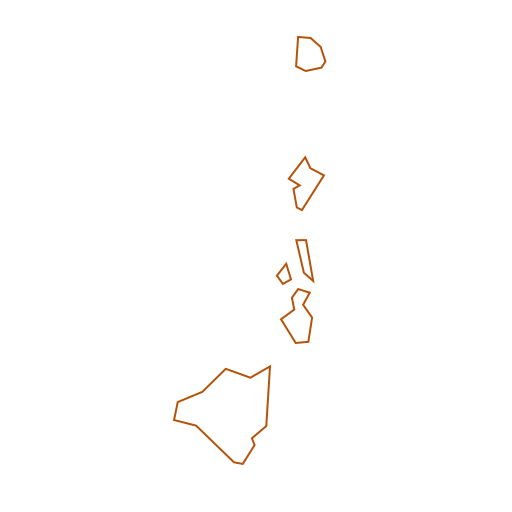 map outline of Hawaii (Mercator projection), rotated 69°
{"feature_id": "USA-3517", "entity_name": "Hawaii", "entity_type": "State", "adm_level": 1, "iso_a3": "USA", "parent_name": "United States of America", "parent_adm1": "", "projection": "mercator", "projection_center": [-158.302, 23.654], "detail": "coarse", "context": "isolated", "style": "outline", "palette": "amber", "viewbox_px": 512, "rotation_deg": 69, "n_neighbors": 0, "source": "natural_earth", "source_scale": "10m", "svg_char_len": 765}
<svg xmlns="http://www.w3.org/2000/svg" viewBox="0 0 512 512"><g transform="rotate(69 256 256)"><path d="M432.0,325.1L445.4,342.9L440.7,350.5L392.9,372.7L379.8,391.3L364.3,381.4L363.6,354.8L350.5,324.7L367.6,304.9L364.1,282.5L418.4,307.3L424.7,325.1L432.0,325.1ZM354.9,237.9L351.4,250.1L324.0,255.3L319.7,239.5L307.8,237.4L302.0,228.5L309.5,219.0L318.4,229.5L333.6,225.7L354.9,237.9ZM205.1,163.7L229.6,196.7L225.3,200.5L206.8,197.0L205.7,189.9L195.6,197.7L181.5,174.7L193.5,173.8L205.1,163.7ZM103.6,127.4L101.1,143.3L93.3,150.6L66.6,138.2L72.0,126.9L84.1,120.7L99.3,121.5L103.6,127.4ZM259.1,203.6L299.8,211.6L288.8,217.3L255.7,212.7L259.1,203.6ZM290.4,231.7L291.7,240.9L281.8,243.5L274.1,230.6L290.4,231.7Z" fill="none" stroke="#b45309" stroke-width="2"/></g></svg>